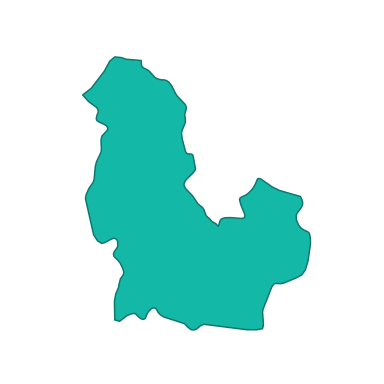 outline of Aragatsotn, rotated 77°
{"feature_id": "ARM-1553", "entity_name": "Aragatsotn", "entity_type": "Province", "adm_level": 1, "iso_a3": "ARM", "parent_name": "Armenia", "parent_adm1": "", "projection": "robinson", "projection_center": [44.108, 40.464], "detail": "fine", "context": "isolated", "style": "filled", "palette": "teal", "viewbox_px": 384, "rotation_deg": 77, "n_neighbors": 0, "source": "natural_earth", "source_scale": "10m", "svg_char_len": 2722}
<svg xmlns="http://www.w3.org/2000/svg" viewBox="0 0 384 384"><g transform="rotate(77 192 192)"><path d="M72.8,276.6L68.3,266.9L54.5,250.2L46.1,242.8L43.0,236.9L45.1,230.7L47.8,226.4L52.4,212.0L57.8,212.7L59.1,212.2L60.4,211.1L62.8,208.1L65.0,206.2L71.3,202.8L73.5,200.9L75.2,198.0L76.0,195.9L76.5,193.8L77.8,191.6L79.8,189.8L84.0,187.9L92.7,185.8L95.4,184.7L104.9,179.1L107.2,178.5L109.4,178.7L114.3,181.4L115.9,181.8L119.7,182.1L121.7,182.5L123.4,183.3L129.8,187.8L131.5,188.7L133.1,189.1L138.3,189.6L151.2,189.2L152.9,188.6L154.0,187.5L154.4,185.5L154.9,184.1L155.8,183.1L157.8,182.8L170.6,183.4L171.3,183.9L171.9,184.5L173.8,186.9L178.7,194.9L180.0,196.3L181.2,197.3L182.6,198.0L184.1,198.2L185.9,197.9L187.9,197.1L196.3,192.1L204.7,189.0L209.5,185.3L210.7,184.7L212.2,184.3L217.4,183.7L219.1,183.1L220.4,182.2L221.9,180.9L224.7,179.5L225.8,178.7L227.4,176.7L228.6,175.7L230.9,174.4L231.2,174.0L230.2,173.3L227.0,171.6L226.0,170.8L225.1,169.8L224.6,167.9L224.6,165.2L225.6,160.1L228.7,150.4L229.1,148.4L228.8,146.8L227.1,145.8L225.3,145.7L215.4,147.3L210.9,147.4L209.6,147.2L208.6,146.4L208.1,145.1L207.2,140.8L206.5,138.8L205.7,137.1L203.7,133.9L201.5,131.2L198.8,128.7L194.0,125.2L193.8,123.9L194.7,122.1L205.2,112.6L210.4,106.1L220.7,87.4L224.7,86.5L226.2,86.5L228.3,86.8L230.2,87.7L232.6,89.9L235.7,93.6L237.2,95.1L239.7,96.1L243.0,96.5L248.4,95.5L251.7,93.8L254.0,91.8L256.4,88.6L257.3,87.7L258.4,87.1L259.9,86.9L264.1,87.1L269.1,88.2L285.4,94.5L293.2,98.9L295.3,101.1L297.5,103.8L299.1,109.6L301.3,122.6L301.3,126.1L299.9,131.3L300.1,132.8L302.3,135.5L322.3,149.2L325.0,150.3L336.8,152.1L338.9,152.9L341.0,154.1L340.8,159.9L338.5,169.6L323.6,210.1L324.1,213.4L326.6,218.5L326.9,221.1L326.0,223.8L323.2,226.2L318.6,228.9L307.1,248.1L304.3,250.6L301.7,252.1L299.3,252.7L297.3,253.5L296.2,255.3L296.4,257.6L298.8,261.4L300.8,263.3L304.4,265.7L305.1,267.2L305.0,268.8L303.6,270.7L301.9,272.0L298.0,274.4L297.2,275.9L297.2,278.6L297.7,282.8L301.7,291.6L299.3,296.0L281.1,292.2L274.3,289.3L268.6,285.2L267.2,284.5L265.5,283.9L260.4,281.2L258.6,279.1L256.9,277.4L254.6,276.5L251.2,276.6L244.9,278.1L241.3,279.9L238.6,281.7L236.9,282.6L234.8,282.5L232.6,281.2L229.9,278.0L228.7,276.9L227.2,276.3L225.4,275.9L223.5,275.7L221.6,276.0L219.7,277.5L219.5,279.7L220.0,282.3L221.6,287.9L221.8,291.6L218.3,295.0L211.6,297.5L174.6,297.3L172.3,296.5L169.9,295.1L165.1,291.4L160.3,286.1L157.3,284.4L145.4,280.5L141.0,278.2L133.1,272.0L131.9,271.3L129.6,270.6L121.5,269.1L118.7,268.0L117.0,266.9L113.2,261.2L111.8,259.9L110.1,259.8L107.9,260.7L104.9,264.1L103.0,266.7L101.0,268.6L98.9,268.8L95.6,267.2L93.3,265.5L90.7,265.0L88.1,266.0L80.9,272.2L73.2,276.6L72.8,276.6Z" fill="#14b8a6" stroke="#0f766e" stroke-width="1.5"/></g></svg>